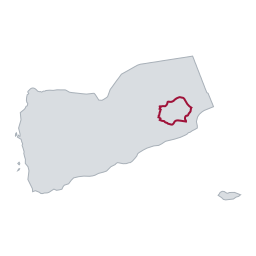 Man'ar, Al Mahrah, Yemen (highlighted)
{"feature_id": "15242507B25634508234618", "entity_name": "Man'ar", "entity_type": "district", "adm_level": 2, "iso_a3": "YEM", "parent_name": "Yemen", "parent_adm1": "Al Mahrah", "projection": "robinson", "projection_center": [50.908, 16.452], "detail": "fine", "context": "in_parent", "style": "outline", "palette": "rose", "viewbox_px": 256, "rotation_deg": 0, "n_neighbors": 0, "source": "geoboundaries", "source_scale": "gbopen_adm2", "svg_char_len": 6614}
<svg xmlns="http://www.w3.org/2000/svg" viewBox="0 0 256 256"><path d="M213.5,106.7L204.1,110.5L201.6,112.2L199.3,114.3L197.6,116.9L196.4,121.6L197.3,125.8L197.3,128.0L194.8,129.5L192.5,130.6L190.0,132.3L188.4,132.7L187.2,134.0L185.7,134.9L180.4,137.3L174.6,139.1L165.5,141.3L161.9,143.7L158.7,145.4L153.8,145.9L147.0,148.1L143.3,150.0L138.6,152.9L137.6,153.9L136.8,156.0L135.3,157.9L132.5,161.0L130.4,162.6L129.0,162.7L126.3,163.6L123.1,163.7L117.6,162.6L116.2,163.4L115.1,164.6L110.9,166.7L106.6,171.0L103.5,172.1L98.5,173.4L95.0,175.2L92.6,175.9L89.5,176.3L83.9,176.1L78.6,176.7L73.6,177.9L71.3,180.2L68.6,183.8L64.3,185.2L63.2,186.5L61.9,189.2L59.1,189.9L56.5,190.3L53.9,189.1L49.0,192.3L47.2,192.9L44.4,193.0L42.4,193.6L40.9,193.5L39.2,192.2L35.4,190.7L32.6,191.7L32.4,188.7L27.9,179.5L28.9,171.4L28.9,170.3L28.0,166.7L25.3,163.4L25.4,159.3L24.5,156.3L23.8,153.3L24.0,152.5L24.1,151.7L22.7,147.0L22.3,146.1L22.1,145.1L22.6,144.3L22.6,143.5L21.8,142.0L21.1,139.3L17.4,137.1L18.2,135.1L18.9,135.8L19.9,136.4L20.1,135.1L20.1,134.2L18.6,128.1L21.0,119.9L20.3,112.6L23.9,109.7L24.8,108.8L25.3,108.0L26.1,106.3L27.3,105.8L27.7,104.0L27.7,103.2L26.9,102.4L26.4,100.4L26.6,97.8L26.8,96.7L27.2,94.7L28.4,94.0L28.7,93.4L27.8,92.1L27.9,91.4L30.0,89.3L30.8,88.6L32.2,88.0L33.3,88.0L34.5,88.4L35.5,89.0L36.6,90.0L37.7,91.2L39.4,91.7L40.6,91.6L41.5,92.1L42.3,91.8L43.2,91.2L44.7,91.2L46.0,90.5L49.7,90.2L53.3,90.4L57.1,89.8L60.8,89.9L64.6,89.9L65.5,90.0L66.3,90.4L69.5,92.2L71.9,92.6L76.7,93.1L81.9,93.7L86.4,94.1L90.2,93.7L93.4,93.3L94.2,93.4L95.2,94.5L97.1,97.4L98.8,100.1L102.0,100.3L104.0,99.2L106.2,97.8L107.6,96.7L109.2,92.3L110.2,89.5L112.6,86.3L114.5,83.6L117.1,80.0L118.6,78.1L121.4,74.2L124.1,72.7L129.3,69.8L134.4,66.9L137.7,65.1L140.5,64.2L145.3,63.5L150.8,62.6L156.4,61.8L162.3,60.8L168.9,59.8L173.4,59.1L179.2,58.2L184.0,57.5L188.3,56.8L192.6,56.1L193.5,58.3L194.3,60.4L195.1,62.6L196.0,64.7L196.8,66.9L197.6,69.0L198.5,71.2L199.3,73.3L200.1,75.5L201.0,77.6L201.8,79.8L202.6,81.9L203.5,84.1L204.3,86.2L205.1,88.4L206.0,90.5L206.8,92.6L208.1,93.3L208.9,95.3L210.1,98.2L211.2,101.0L212.4,103.8L213.5,106.7ZM226.5,193.0L227.7,193.3L229.4,192.5L234.5,192.4L240.6,194.8L239.5,195.5L238.8,196.3L236.1,197.1L233.4,199.0L225.7,199.9L223.4,199.4L221.6,197.6L218.1,195.3L219.4,193.8L219.7,193.1L220.2,192.4L222.2,191.3L224.2,191.5L226.5,193.0ZM19.6,164.3L19.3,164.8L19.0,164.7L17.8,163.5L19.1,162.2L19.8,163.4L19.6,164.3ZM16.1,135.6L15.5,136.1L15.4,135.3L15.8,133.4L16.4,132.8L16.8,134.2L16.5,135.0L16.1,135.6ZM19.0,170.0L17.7,170.7L18.6,169.0L19.4,168.6L19.7,168.7L19.0,170.0Z" fill="#d9dde1" stroke="#a8b0b8" stroke-width="1"/><path d="M159.7,106.5L159.8,106.7L159.8,106.8L160.1,107.0L160.4,107.3L160.5,107.4L160.5,107.5L160.4,107.6L160.2,107.7L160.1,107.8L160.0,108.0L159.9,108.3L159.7,108.6L159.6,108.8L159.9,108.9L160.0,109.0L160.3,109.2L160.4,109.3L160.5,109.4L160.6,109.5L160.4,109.7L160.4,109.9L160.5,110.0L160.3,110.3L160.3,110.5L160.3,110.8L160.2,111.1L160.1,111.4L160.0,111.5L160.1,111.8L160.0,112.0L159.8,112.3L159.6,112.6L159.6,112.8L159.6,113.2L159.5,113.5L159.5,113.8L159.4,114.2L159.4,114.3L159.3,114.5L159.3,114.8L159.3,115.0L159.2,115.2L159.1,115.3L158.9,115.5L158.7,115.7L158.7,115.9L158.7,116.2L158.7,116.7L158.6,116.8L158.6,117.0L158.5,117.3L158.9,117.4L159.2,117.6L159.4,117.7L159.5,117.7L159.5,117.8L159.8,118.0L160.0,118.3L160.2,118.6L160.3,118.7L160.4,118.8L160.5,118.8L160.5,119.0L160.4,119.2L160.3,119.3L160.2,119.5L160.0,119.8L159.9,119.9L159.8,120.0L160.1,120.2L160.3,120.2L160.6,120.3L160.8,120.4L161.2,120.5L161.3,120.6L161.6,120.7L161.8,120.8L162.0,120.8L162.4,120.9L162.7,120.9L162.8,120.9L163.0,121.0L163.5,121.0L163.8,121.1L164.1,121.1L164.3,121.3L164.5,121.4L164.6,121.5L164.7,121.8L164.8,122.0L165.0,122.1L165.3,122.3L165.5,122.4L165.7,122.5L165.9,122.5L166.0,122.6L166.3,122.6L166.6,122.8L166.8,122.8L167.0,122.9L167.2,123.0L167.3,123.0L167.5,123.3L167.7,123.5L167.8,123.6L168.0,123.6L168.3,123.7L168.5,123.8L168.8,123.9L169.0,124.0L169.3,124.0L169.5,124.1L169.8,124.2L170.0,124.2L170.2,124.3L170.3,124.3L170.5,124.4L170.8,124.4L171.0,124.5L171.3,124.5L171.5,124.6L171.9,124.6L172.1,124.6L172.3,124.5L172.6,124.4L172.8,124.2L173.2,123.8L173.3,123.7L173.5,123.5L173.6,123.4L173.8,123.1L174.0,122.7L174.2,122.3L174.3,122.2L174.5,121.8L174.6,121.7L174.8,121.5L174.9,121.4L175.1,121.2L175.3,121.0L175.5,120.9L175.8,120.8L176.1,120.6L176.6,120.5L176.8,120.5L177.2,120.4L177.6,120.4L178.0,120.4L178.3,120.4L178.5,120.4L178.7,120.5L179.3,120.5L179.5,120.6L179.9,120.6L180.1,120.6L180.6,120.7L180.9,120.8L181.0,120.8L181.3,120.8L181.6,120.8L182.0,120.9L182.2,121.0L182.5,121.0L182.8,121.0L183.1,121.1L183.6,121.1L183.8,121.2L184.4,121.3L184.6,121.3L185.2,121.4L185.4,121.4L185.6,121.5L185.9,121.5L186.0,121.5L186.0,121.4L186.0,121.2L186.0,120.9L185.9,120.7L185.7,120.3L185.2,119.5L185.2,119.4L185.1,119.2L185.0,118.8L185.0,118.7L185.0,118.4L185.0,117.9L185.1,117.6L185.1,117.4L185.2,117.2L185.3,116.7L185.5,116.4L185.7,116.2L185.9,116.0L186.1,115.9L186.3,115.8L186.4,115.7L186.6,115.7L187.0,115.7L187.4,115.7L187.6,115.6L187.9,115.3L188.0,115.2L188.2,114.8L188.3,114.6L188.5,114.2L188.7,113.8L188.7,113.6L188.9,113.4L189.0,113.2L189.3,112.9L189.5,112.7L189.8,112.4L189.9,112.2L190.0,112.2L190.2,111.8L190.4,111.6L190.5,111.4L190.6,111.0L190.6,110.8L190.7,110.4L190.7,110.2L190.7,109.8L190.8,109.6L190.8,109.4L190.9,109.1L190.9,108.7L191.0,108.5L191.0,108.4L191.2,108.0L191.2,107.9L191.2,107.7L191.3,107.6L190.1,106.8L189.0,105.9L188.2,105.0L187.5,104.3L186.8,103.2L185.7,101.3L185.0,100.2L184.5,99.2L184.1,98.7L183.8,98.4L183.5,98.1L183.2,97.9L182.8,97.8L182.5,97.7L182.1,97.7L181.4,97.5L180.6,97.3L179.8,97.2L179.4,97.2L179.1,97.3L177.6,97.9L176.7,98.3L176.4,98.6L176.2,98.6L175.9,98.8L175.7,99.0L175.3,99.3L175.1,99.4L174.8,99.6L174.7,99.8L174.3,100.1L174.2,100.2L174.1,100.3L174.0,100.5L173.8,100.6L173.4,101.0L173.1,101.1L172.9,101.2L172.7,101.3L172.4,101.5L172.1,101.6L171.9,101.6L171.7,101.7L171.6,101.8L171.3,101.8L170.8,101.9L170.4,101.9L170.0,101.9L169.8,101.8L169.5,101.8L169.4,101.8L169.0,101.7L168.6,101.7L168.4,101.7L168.2,101.7L168.1,101.8L167.9,101.8L167.7,101.9L167.6,102.0L167.5,102.4L167.5,102.5L167.4,102.8L167.4,103.0L167.3,103.4L167.3,103.6L167.2,103.8L167.0,104.1L166.9,104.4L166.8,104.6L166.7,104.7L166.7,104.8L166.5,105.0L166.3,105.2L166.1,105.4L165.8,105.7L165.6,105.9L165.4,106.1L165.1,106.2L164.9,106.2L164.6,106.2L164.3,106.2L164.1,106.1L163.7,106.1L163.4,106.1L163.2,106.1L162.8,106.1L162.7,106.1L162.2,106.2L161.8,106.3L161.6,106.3L160.8,106.3L160.6,106.3L160.4,106.3L159.9,106.3L159.7,106.4L159.7,106.5Z" fill="none" stroke="#9f1239" stroke-width="2"/></svg>